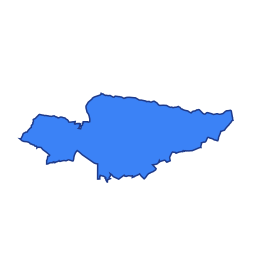 outline of Stefan Cel Mare, Bacau, Romania, rotated 232°
{"feature_id": "2599482B13228662161782", "entity_name": "Stefan Cel Mare", "entity_type": "district", "adm_level": 2, "iso_a3": "ROU", "parent_name": "Romania", "parent_adm1": "Bacau", "projection": "mercator", "projection_center": [26.858, 46.192], "detail": "fine", "context": "isolated", "style": "filled", "palette": "blue", "viewbox_px": 256, "rotation_deg": 232, "n_neighbors": 0, "source": "geoboundaries", "source_scale": "gbopen_adm2", "svg_char_len": 5639}
<svg xmlns="http://www.w3.org/2000/svg" viewBox="0 0 256 256"><g transform="rotate(232 128 128)"><path d="M69.4,215.5L70.2,215.7L70.9,216.1L71.6,216.7L72.4,217.0L77.7,219.8L78.2,219.9L78.8,219.7L79.0,219.4L79.8,217.9L80.9,216.2L81.1,215.0L80.9,211.8L81.8,209.6L82.3,208.7L82.6,208.3L84.2,207.2L84.6,206.7L85.2,205.3L86.0,203.7L87.9,202.6L91.1,200.2L91.5,199.6L91.6,199.3L91.5,197.5L91.6,197.2L92.1,196.6L93.4,196.0L96.3,195.7L98.5,195.4L99.0,195.0L99.3,194.4L99.5,193.8L99.9,193.4L100.1,191.5L101.0,189.9L101.3,189.1L101.3,188.7L101.0,187.3L101.2,186.9L102.9,186.1L103.8,185.9L104.7,185.6L106.9,183.7L108.6,182.6L109.3,182.5L109.7,182.2L109.9,181.9L110.3,181.7L112.4,181.6L113.2,181.1L114.0,180.9L114.6,178.9L115.3,178.0L115.7,177.4L115.9,176.6L116.7,175.7L117.5,175.4L118.3,174.0L120.0,173.1L122.0,172.3L124.3,169.7L126.2,167.0L126.6,166.6L128.0,166.3L129.8,166.3L132.9,165.2L133.3,164.7L133.7,163.7L134.1,162.1L135.0,161.4L136.0,161.0L136.2,160.7L136.3,160.3L136.6,160.1L137.5,158.7L138.2,158.7L141.4,156.0L142.1,155.4L142.4,154.7L143.3,154.0L147.1,152.5L150.5,148.9L151.5,147.8L153.0,145.7L153.1,144.7L153.6,144.5L153.6,143.7L153.8,143.0L155.4,142.4L156.7,141.7L157.1,141.2L158.4,140.2L158.7,139.6L159.3,139.2L161.0,137.5L161.0,137.2L160.9,135.8L161.9,135.1L164.7,133.9L165.7,132.3L167.1,131.1L167.6,130.2L168.1,130.1L168.8,129.6L170.0,129.4L170.2,129.2L170.5,129.1L170.8,128.4L171.3,128.1L171.8,128.1L171.5,127.6L171.2,127.1L171.2,126.2L173.0,121.1L173.3,119.9L173.4,118.2L173.0,117.5L172.8,112.6L171.7,109.7L171.3,108.7L170.8,108.1L169.5,107.2L165.7,105.5L163.5,105.4L161.7,104.9L158.8,103.5L157.9,102.9L156.5,101.7L157.1,100.2L157.7,100.1L160.5,96.6L159.5,95.9L159.9,95.1L159.6,94.8L159.4,95.0L158.4,94.0L158.5,93.8L158.4,93.5L158.5,93.4L158.3,92.8L158.9,92.2L158.9,91.8L158.7,91.4L157.9,92.1L156.5,90.2L158.1,88.8L158.1,89.1L158.4,89.4L158.5,89.9L158.7,90.1L158.7,90.3L159.2,90.9L159.4,91.0L159.4,91.3L159.5,91.6L159.9,91.9L159.7,92.2L160.1,92.5L160.2,92.4L160.7,93.0L161.4,92.6L161.4,92.1L161.8,91.7L162.1,91.7L162.5,90.9L162.8,90.8L163.0,90.5L163.6,88.7L163.9,88.7L164.2,88.5L164.5,88.9L164.8,88.9L164.9,89.0L165.0,89.7L165.1,89.9L165.6,90.4L166.3,89.1L167.2,87.7L167.8,86.6L168.4,85.7L169.0,85.1L169.3,85.0L170.8,85.4L171.1,85.3L171.8,85.3L172.7,84.8L174.7,84.5L176.2,83.2L177.1,82.7L178.1,81.7L178.8,79.4L179.6,78.8L180.5,78.7L181.5,77.8L182.9,77.4L183.6,76.4L184.1,75.1L184.5,74.5L184.9,74.2L185.7,73.3L186.6,72.7L187.0,72.2L187.8,71.6L189.0,70.3L189.3,69.7L190.1,69.3L191.2,68.2L193.1,66.7L193.3,66.0L193.0,64.0L192.9,62.8L192.7,61.7L192.6,60.5L193.0,59.2L193.0,58.5L191.6,57.7L191.2,57.2L190.8,56.3L190.0,55.7L189.7,55.1L189.5,53.5L189.1,53.0L188.0,52.2L188.1,50.7L187.8,49.2L187.6,47.8L186.9,46.2L187.1,45.7L187.7,44.9L187.8,43.5L188.1,42.6L187.9,41.6L186.7,39.9L186.4,39.1L185.7,37.8L185.6,36.8L185.7,36.5L186.1,36.1L183.1,36.7L181.6,37.6L181.0,38.2L179.5,39.8L178.0,40.9L176.9,41.3L175.6,41.3L175.3,41.5L175.0,41.9L173.3,42.7L172.6,43.4L171.8,43.5L171.1,43.5L170.9,43.6L170.6,43.9L170.1,44.6L169.8,44.7L168.6,44.2L168.4,44.0L168.4,44.5L167.9,45.7L167.1,46.5L166.2,47.5L163.3,47.6L159.0,48.8L154.9,49.6L154.7,49.4L154.8,49.1L154.5,48.6L155.1,47.3L153.2,45.3L152.9,44.8L152.5,43.9L149.7,41.7L149.1,42.6L149.0,43.4L148.8,43.7L148.8,44.1L148.9,44.5L148.5,45.1L148.2,45.8L147.0,47.3L147.3,47.7L147.0,48.8L146.4,48.8L146.0,48.6L145.8,48.8L145.5,49.7L145.6,50.6L145.2,51.0L144.5,53.4L144.6,53.6L143.8,53.6L143.5,53.9L143.3,54.3L142.8,55.6L141.9,57.4L141.5,57.9L140.5,58.8L140.2,59.3L139.7,61.3L139.3,61.9L138.7,62.2L137.6,63.0L136.5,63.7L136.1,64.1L135.9,64.7L137.0,66.1L138.4,67.5L139.1,68.4L139.8,69.4L141.1,71.9L141.1,72.7L141.5,74.1L139.1,74.8L135.0,75.5L121.2,79.8L119.5,80.9L118.4,82.0L106.5,72.6L106.0,73.2L106.1,73.3L105.2,74.4L107.2,75.9L107.1,76.2L107.4,76.4L107.8,77.0L105.7,78.5L105.3,79.0L102.9,79.8L102.6,79.2L102.2,79.6L101.7,79.1L100.2,78.5L98.2,78.3L98.1,78.5L98.4,78.7L99.1,79.5L99.9,80.1L99.9,80.6L99.6,80.9L99.0,82.8L99.8,82.5L100.4,82.6L100.6,82.9L101.2,84.7L101.5,85.2L102.2,85.7L102.9,85.9L101.2,86.4L98.9,86.5L98.3,86.7L93.4,89.2L93.4,89.5L93.4,91.2L93.2,95.9L91.9,95.9L91.5,96.5L91.0,96.7L90.1,99.0L89.2,100.0L88.4,100.7L87.7,102.0L86.4,100.9L86.1,102.0L85.7,103.0L85.7,103.3L86.0,103.2L85.6,104.3L85.4,105.3L85.1,106.1L84.7,108.2L84.7,108.9L81.9,108.8L78.0,109.4L78.0,110.2L78.5,112.5L79.0,113.8L79.4,116.2L79.0,117.3L78.9,118.6L78.2,120.9L78.0,123.9L78.6,125.1L83.9,124.7L83.5,125.5L83.0,126.0L82.6,127.0L82.1,127.8L82.0,128.5L81.7,129.3L82.1,131.1L82.6,132.0L83.1,132.7L82.6,132.6L81.8,132.1L81.8,132.8L80.2,136.9L79.6,137.3L77.5,137.4L77.3,137.5L77.5,137.9L76.9,138.2L76.2,141.1L78.4,142.2L79.1,142.7L79.4,143.0L79.8,143.7L80.0,144.5L80.4,144.8L80.6,145.4L81.1,146.4L81.6,147.8L81.6,148.4L81.5,148.5L81.1,148.8L79.3,150.5L78.9,150.2L78.5,150.4L77.7,153.2L75.9,156.8L76.0,157.1L75.7,157.0L75.8,157.4L75.5,158.0L75.2,158.0L74.9,158.2L75.0,158.4L74.9,158.5L75.0,158.7L75.0,159.0L74.3,159.7L74.1,159.7L73.5,160.7L73.0,161.2L72.5,161.9L72.3,162.1L72.0,162.7L70.5,164.8L70.3,165.8L69.9,167.0L68.7,171.6L68.1,173.1L67.7,173.5L68.6,174.0L69.3,174.8L70.2,176.1L71.1,176.5L71.1,176.9L70.6,177.9L70.5,178.7L69.6,179.8L69.5,180.1L69.5,180.7L69.6,181.2L69.9,182.0L70.2,182.4L71.3,184.4L71.4,184.7L71.4,185.2L71.3,185.4L70.6,185.9L69.5,186.4L68.3,187.4L66.7,188.3L65.8,188.5L65.1,189.0L64.5,189.6L64.1,189.9L63.1,190.4L62.7,190.9L63.8,192.6L64.8,193.5L67.4,198.0L68.3,199.0L68.0,199.4L67.5,201.0L67.2,201.9L67.0,202.2L66.9,202.8L67.5,204.5L67.8,206.1L68.1,207.4L68.2,208.5L68.3,209.3L68.6,210.1L68.8,211.0L69.0,212.5L69.7,214.0L69.7,214.3L69.4,215.5Z" fill="#3b82f6" stroke="#1e3a8a" stroke-width="1.5"/></g></svg>